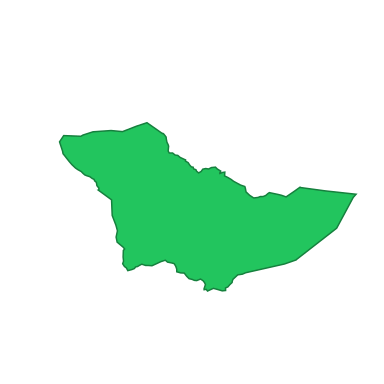 Foini, Limassol, Cyprus (Robinson projection), rotated 39°
{"feature_id": "46923920B60027378536738", "entity_name": "Foini", "entity_type": "district", "adm_level": 2, "iso_a3": "CYP", "parent_name": "Cyprus", "parent_adm1": "Limassol", "projection": "robinson", "projection_center": [32.817, 34.906], "detail": "fine", "context": "isolated", "style": "filled", "palette": "green", "viewbox_px": 384, "rotation_deg": 39, "n_neighbors": 0, "source": "geoboundaries", "source_scale": "gbopen_adm2", "svg_char_len": 2083}
<svg xmlns="http://www.w3.org/2000/svg" viewBox="0 0 384 384"><g transform="rotate(39 192 192)"><path d="M118.0,249.5L134.4,248.7L144.8,260.5L145.7,261.0L153.8,265.7L158.5,269.1L161.4,274.8L165.4,278.1L173.2,278.2L175.5,278.7L175.4,280.6L179.4,285.9L182.3,288.8L183.3,291.4L186.4,292.4L188.8,292.3L191.6,293.5L194.1,290.1L195.4,287.7L195.3,285.7L196.6,284.2L197.2,282.4L198.4,279.7L202.1,278.3L204.4,276.5L207.3,274.5L209.7,269.7L211.7,265.6L214.2,261.8L217.1,261.9L221.3,259.7L223.3,258.9L226.2,260.0L228.6,261.5L230.4,263.6L234.1,262.0L237.0,259.9L240.8,260.8L244.3,261.2L247.2,259.8L249.4,259.2L251.4,257.9L253.4,254.3L256.5,254.0L258.6,254.5L260.7,255.5L262.3,259.7L262.9,260.3L264.3,258.7L266.4,259.2L267.8,256.3L269.3,253.4L273.1,251.7L277.7,249.8L280.1,247.4L278.4,245.4L279.6,243.3L279.7,240.2L280.1,237.1L279.2,235.5L278.8,233.9L279.7,227.6L282.9,224.1L284.5,221.0L309.2,189.7L315.7,179.2L315.7,178.6L327.2,129.1L320.7,94.7L320.9,90.5L294.8,107.3L273.1,120.5L272.9,120.4L270.7,128.3L268.2,136.6L263.7,138.2L260.5,139.7L252.5,143.8L252.0,145.4L251.5,148.3L250.1,150.8L247.9,152.6L246.8,154.6L243.7,157.8L238.8,158.3L233.9,157.9L231.1,155.5L229.6,154.5L225.2,156.1L217.6,157.5L214.5,157.6L210.5,158.2L207.2,159.0L205.0,155.9L203.5,157.5L202.0,160.1L201.6,159.8L201.2,157.7L197.1,158.2L194.6,157.9L191.7,160.8L190.4,163.7L187.9,165.1L186.0,167.5L186.2,170.3L185.1,173.0L182.6,173.0L181.0,172.2L178.8,173.0L177.2,172.0L175.8,172.9L173.2,172.5L170.5,171.6L167.5,172.1L166.8,171.1L165.4,171.5L160.9,172.6L157.9,172.5L155.7,173.9L152.4,173.9L149.8,176.0L147.7,175.2L145.0,171.1L143.6,170.2L141.2,169.1L138.7,167.0L137.3,165.6L135.3,165.1L133.4,164.7L132.4,164.8L132.2,165.2L113.4,166.5L107.6,175.5L100.0,188.8L90.4,195.2L77.2,207.5L71.4,216.4L70.6,218.6L56.8,228.9L57.5,236.4L65.7,241.7L67.7,243.4L70.5,244.0L73.5,244.7L77.5,245.6L81.4,246.3L86.3,246.7L89.0,246.5L93.1,245.8L95.4,246.1L98.0,246.2L100.2,245.5L103.0,244.4L106.0,244.3L108.0,243.8L109.2,244.6L111.6,244.7L114.1,246.9L117.2,247.6L118.3,249.1L118.0,249.5Z" fill="#22c55e" stroke="#15803d" stroke-width="1.5"/></g></svg>